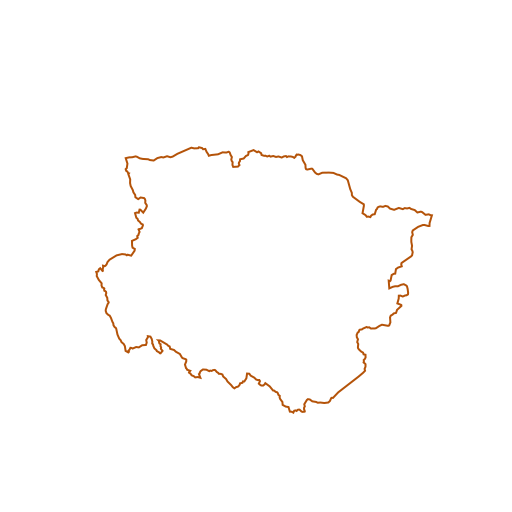 outline of Huong Khe, Ha Tinh, Vietnam, rotated 320°
{"feature_id": "81297802B53129181429645", "entity_name": "Huong Khe", "entity_type": "district", "adm_level": 2, "iso_a3": "VNM", "parent_name": "Vietnam", "parent_adm1": "Ha Tinh", "projection": "natural_earth1", "projection_center": [105.668, 18.193], "detail": "fine", "context": "isolated", "style": "outline", "palette": "amber", "viewbox_px": 512, "rotation_deg": 320, "n_neighbors": 0, "source": "geoboundaries", "source_scale": "gbopen_adm2", "svg_char_len": 6153}
<svg xmlns="http://www.w3.org/2000/svg" viewBox="0 0 512 512"><g transform="rotate(320 256 256)"><path d="M368.3,272.9L368.6,271.0L370.0,269.2L371.2,265.3L375.0,257.0L375.0,254.4L371.8,247.3L370.5,245.8L368.7,242.1L365.6,239.1L360.3,234.8L356.3,233.6L355.3,232.1L354.9,230.0L355.2,225.4L354.6,224.7L350.8,222.7L350.2,221.7L350.6,220.4L352.5,217.9L353.4,212.7L355.3,209.2L354.9,207.2L353.6,205.4L352.8,205.1L352.5,204.5L351.0,204.7L350.3,205.3L348.4,205.4L347.9,203.8L346.7,202.2L344.8,200.5L343.3,200.1L343.2,198.7L341.3,197.6L339.0,197.1L337.2,194.2L335.0,193.0L333.5,190.5L331.0,189.2L330.6,187.7L328.6,187.0L327.6,185.1L326.7,184.6L325.2,182.2L326.0,180.6L325.1,177.5L323.5,177.2L322.2,173.3L316.9,171.5L316.0,172.8L314.7,173.5L312.6,172.9L309.2,173.4L306.0,171.7L304.5,173.1L303.1,173.4L302.2,174.2L301.8,175.7L299.6,175.9L295.8,173.1L296.5,171.1L298.4,169.1L298.5,167.6L299.1,166.2L301.1,164.7L301.5,162.2L302.4,159.8L302.1,158.6L299.8,157.7L297.0,155.1L292.3,153.7L286.6,149.9L284.3,148.9L284.8,147.3L285.1,144.4L286.0,141.4L284.1,140.2L284.1,138.7L282.4,136.3L282.1,136.0L281.1,136.3L279.4,135.1L277.8,133.8L276.1,131.5L261.5,127.2L256.0,126.3L253.9,125.3L252.0,122.4L248.4,121.0L247.0,119.3L243.4,117.6L239.0,117.1L236.4,114.3L235.6,112.6L231.6,108.8L229.7,106.4L228.6,103.5L227.8,102.3L224.5,100.7L222.4,99.0L219.1,97.3L216.9,102.6L213.5,105.6L212.0,105.7L211.6,106.5L211.3,107.6L211.7,108.3L211.6,109.4L211.3,110.2L211.8,111.0L210.8,111.3L208.9,116.4L206.4,119.2L205.0,121.8L204.0,126.3L203.0,128.5L202.7,131.5L201.4,133.5L202.3,136.7L205.2,137.0L207.5,139.7L207.5,141.0L206.9,142.4L205.3,144.1L205.0,146.8L204.4,147.7L202.1,148.9L197.5,150.3L197.2,146.2L196.6,145.6L194.0,147.5L192.5,146.0L190.9,145.4L188.9,149.8L189.2,151.3L188.5,153.0L188.9,155.3L188.7,157.3L189.5,159.1L189.0,159.9L186.4,161.3L184.5,160.7L183.4,160.0L183.4,159.3L182.3,162.7L180.5,163.5L179.6,164.3L177.8,164.4L177.1,166.0L174.8,165.9L170.7,164.7L167.7,168.5L166.8,170.3L167.7,172.7L166.4,173.9L160.6,175.5L158.5,172.5L157.5,172.4L157.0,170.9L154.6,168.4L149.6,165.9L141.4,164.7L138.3,165.2L136.1,166.4L134.3,166.7L133.6,166.5L132.6,165.1L131.6,166.5L130.2,167.4L129.2,168.9L128.8,168.8L128.8,165.2L127.1,165.2L125.3,166.4L123.4,165.5L122.6,167.5L121.1,169.0L120.2,173.3L120.2,177.7L118.7,179.3L118.0,181.3L118.8,182.6L118.9,183.4L118.0,184.1L117.5,185.2L118.0,186.0L118.1,187.0L117.4,188.2L115.8,189.3L115.2,192.4L113.6,194.6L113.5,196.5L113.2,197.0L111.4,197.5L106.7,200.3L105.6,201.4L104.7,203.7L105.0,206.2L105.6,207.6L105.1,210.2L103.7,214.1L103.4,215.8L102.3,217.5L102.0,219.8L102.4,220.8L102.2,221.8L99.4,227.1L98.1,231.4L98.2,233.5L97.6,235.5L98.1,238.4L97.6,240.8L95.1,244.9L96.2,247.8L97.1,247.7L97.4,246.6L99.0,246.4L100.8,245.6L101.6,246.5L102.0,247.6L105.7,248.7L107.5,250.7L111.4,251.2L114.5,253.4L116.6,252.1L117.9,249.8L121.1,248.7L121.6,247.9L123.3,249.9L122.8,252.5L121.5,255.0L120.2,256.4L120.3,257.5L119.6,258.7L118.8,261.5L119.2,264.2L118.9,265.1L119.9,267.7L119.8,268.6L120.3,269.2L123.4,268.6L123.5,265.9L124.6,265.0L124.9,263.6L126.2,262.3L125.8,260.9L126.5,259.4L127.1,258.8L127.0,257.9L128.3,259.1L131.0,266.8L131.0,268.2L131.7,269.8L130.6,272.0L132.8,275.3L133.1,277.9L134.7,282.1L134.0,286.3L134.2,287.2L135.9,290.0L135.9,290.7L134.7,292.0L131.8,293.5L130.3,297.0L130.5,297.7L130.1,298.8L131.8,301.7L129.8,302.1L129.7,302.5L130.2,304.1L130.0,306.0L131.1,308.1L131.4,309.9L133.6,311.3L135.1,313.5L136.4,309.8L137.3,309.8L138.1,309.1L139.6,308.6L142.4,308.8L144.9,311.2L146.2,314.2L147.2,314.3L148.1,315.5L149.7,315.8L151.1,316.7L151.4,317.3L151.4,319.7L151.9,321.1L151.8,322.3L153.3,323.7L154.1,325.2L153.4,327.2L154.0,331.0L153.5,333.8L154.0,339.0L153.9,341.6L154.4,343.5L156.7,343.7L157.9,344.4L158.8,344.5L160.8,344.1L161.9,343.3L164.1,344.4L165.4,343.7L166.4,344.6L170.0,343.5L173.6,340.3L175.2,341.9L175.0,344.2L176.5,348.1L176.7,350.7L177.7,352.3L178.8,353.1L178.6,354.4L176.1,355.6L176.4,357.5L176.8,358.6L178.1,359.8L179.9,359.9L181.4,359.4L182.7,364.7L182.6,370.0L183.4,370.8L183.7,372.7L184.6,374.0L184.6,374.9L183.9,376.8L184.3,378.4L183.2,379.5L182.6,381.0L182.4,384.8L180.7,387.2L182.0,390.5L183.8,392.6L181.9,397.0L183.3,398.3L183.9,400.0L185.8,399.1L187.0,399.7L187.5,400.8L189.0,400.6L190.1,401.2L190.6,401.7L190.9,404.4L191.4,405.3L193.2,406.5L193.6,406.3L194.4,404.1L195.5,403.0L196.7,402.6L197.7,400.6L202.4,399.0L203.7,399.0L205.0,400.5L205.7,403.5L208.2,406.4L209.0,408.1L211.1,409.6L213.8,412.5L217.2,414.7L219.4,414.6L222.3,413.2L222.9,413.3L223.7,414.2L231.4,413.3L256.8,414.3L262.9,414.3L265.8,414.0L266.6,412.3L268.7,411.2L270.1,409.6L270.4,409.0L270.0,406.7L270.8,406.2L271.7,404.9L273.3,404.8L274.8,404.1L276.4,402.0L275.2,400.5L275.9,398.9L275.1,396.7L274.8,393.8L274.9,392.3L275.4,391.4L277.7,389.2L278.2,387.0L280.6,385.3L281.0,383.1L282.3,381.2L284.7,380.0L285.9,380.2L287.4,379.2L288.2,379.2L289.9,380.3L291.4,380.4L295.1,381.5L295.6,382.6L296.9,383.4L297.4,385.4L300.5,387.9L301.4,388.4L305.6,388.9L308.3,389.6L312.3,394.4L313.4,394.8L316.3,393.2L319.2,389.2L320.9,388.3L323.0,388.7L324.5,388.5L326.7,389.6L329.5,387.9L335.3,387.7L335.8,387.0L335.7,386.6L333.8,383.2L338.0,380.3L339.9,378.2L341.2,379.2L342.4,381.4L344.9,382.1L345.9,382.8L347.7,383.1L348.8,382.1L351.0,378.7L352.2,376.2L352.1,375.1L351.1,372.6L348.6,371.3L345.2,370.4L343.1,368.6L340.9,367.5L337.3,366.5L341.8,360.2L342.5,361.4L343.3,361.3L347.7,357.8L350.1,358.2L351.3,359.0L354.8,356.0L357.5,356.2L361.0,357.6L362.0,355.6L363.0,354.9L374.7,356.0L376.0,355.8L378.5,353.8L379.1,352.5L379.5,350.8L382.1,348.5L384.0,345.1L385.5,343.3L387.1,341.5L389.7,340.6L391.0,338.1L392.5,337.2L399.0,337.9L403.7,339.5L405.0,340.5L407.2,343.7L408.2,344.5L410.2,342.3L416.9,337.9L416.0,337.0L415.1,335.1L412.3,333.4L411.5,329.2L410.8,328.0L407.6,326.4L407.1,322.8L405.0,319.6L404.5,317.8L402.3,316.7L400.7,314.9L398.6,314.5L396.3,311.0L391.5,309.4L389.1,305.8L388.8,302.8L387.3,300.8L384.9,300.0L383.0,297.8L381.3,297.1L380.3,297.0L379.0,297.7L377.7,297.8L373.8,300.3L372.0,299.2L370.1,299.1L368.6,299.7L367.3,297.9L366.1,297.2L366.2,295.1L365.1,291.7L370.9,286.9L371.8,285.7L370.3,281.3L368.3,272.9Z" fill="none" stroke="#b45309" stroke-width="2"/></g></svg>